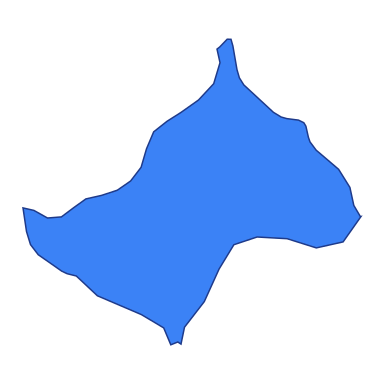 an SVG outline of Zaqatala
{"feature_id": "AZE-1731", "entity_name": "Zaqatala", "entity_type": "District", "adm_level": 1, "iso_a3": "AZE", "parent_name": "Azerbaijan", "parent_adm1": "", "projection": "albers", "projection_center": [46.668, 41.598], "detail": "fine", "context": "isolated", "style": "filled", "palette": "blue", "viewbox_px": 384, "rotation_deg": 0, "n_neighbors": 0, "source": "natural_earth", "source_scale": "10m", "svg_char_len": 828}
<svg xmlns="http://www.w3.org/2000/svg" viewBox="0 0 384 384"><path d="M227.2,39.2L231.0,39.3L232.9,46.0L237.0,69.7L239.4,77.9L243.8,84.9L273.4,112.3L281.1,117.0L286.8,118.6L298.5,120.1L303.8,122.7L305.9,126.2L308.4,137.3L310.0,141.9L316.2,150.2L338.6,169.3L349.9,187.4L353.8,205.4L360.4,216.6L361.0,216.5L343.1,241.9L316.3,247.9L287.1,238.7L257.1,237.0L233.9,244.7L219.1,269.0L204.3,301.6L184.5,327.2L181.0,344.1L177.8,342.0L170.8,344.8L163.7,327.9L141.4,314.6L97.4,295.8L76.3,276.0L67.1,273.7L61.8,271.2L38.2,254.7L30.5,244.6L26.5,231.5L23.0,207.9L33.9,210.4L47.5,218.0L61.4,216.9L73.8,207.6L85.9,198.9L101.5,195.4L117.3,190.2L130.6,181.0L141.1,167.3L146.5,148.8L153.7,131.8L167.0,121.3L181.0,112.4L198.5,100.0L213.7,83.7L220.0,62.7L217.0,49.1L219.7,47.0L227.2,39.2Z" fill="#3b82f6" stroke="#1e3a8a" stroke-width="1.5"/></svg>